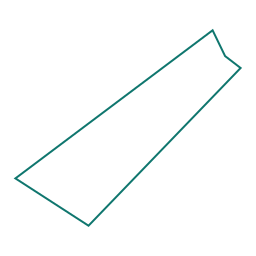 the district of 14, Ad Dawhah, Qatar
{"feature_id": "91078587B44176615316419", "entity_name": "14", "entity_type": "district", "adm_level": 2, "iso_a3": "QAT", "parent_name": "Qatar", "parent_adm1": "Ad Dawhah", "projection": "equal_earth", "projection_center": [51.529, 25.277], "detail": "fine", "context": "isolated", "style": "outline", "palette": "teal", "viewbox_px": 256, "rotation_deg": 0, "n_neighbors": 0, "source": "geoboundaries", "source_scale": "gbopen_adm2", "svg_char_len": 193}
<svg xmlns="http://www.w3.org/2000/svg" viewBox="0 0 256 256"><path d="M15.4,178.4L88.5,225.7L240.6,68.0L225.1,56.1L212.6,30.3L15.4,178.4Z" fill="none" stroke="#0f766e" stroke-width="2"/></svg>